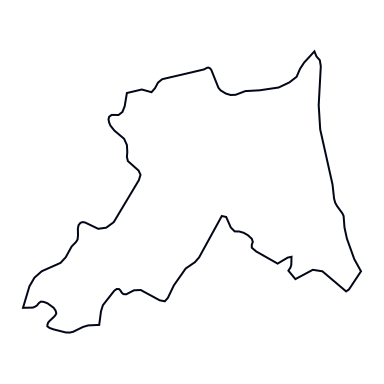 outline of Ravenna
{"feature_id": "ITA-5364", "entity_name": "Ravenna", "entity_type": "Province", "adm_level": 1, "iso_a3": "ITA", "parent_name": "Italy", "parent_adm1": "", "projection": "orthographic", "projection_center": [11.905, 44.374], "detail": "fine", "context": "isolated", "style": "outline", "palette": "ink", "viewbox_px": 384, "rotation_deg": 0, "n_neighbors": 0, "source": "natural_earth", "source_scale": "10m", "svg_char_len": 1750}
<svg xmlns="http://www.w3.org/2000/svg" viewBox="0 0 384 384"><path d="M314.4,51.4L316.5,56.5L319.8,60.2L320.8,66.2L318.7,105.1L320.2,129.4L332.5,184.4L334.1,198.7L335.2,202.7L337.0,206.0L342.4,213.4L343.6,216.0L344.5,227.6L346.9,238.6L354.3,259.2L361.0,271.3L349.0,289.4L346.1,291.4L322.4,271.3L312.8,269.8L295.4,279.1L288.4,270.7L290.5,267.5L291.3,264.7L291.5,256.8L287.7,257.6L277.6,263.6L256.1,251.4L251.8,247.7L251.8,244.7L252.8,241.9L251.8,238.8L247.9,235.2L243.7,232.8L239.3,231.5L234.7,231.4L230.8,227.5L226.2,217.0L221.8,216.0L199.1,257.4L194.9,262.2L185.7,268.5L173.9,285.3L167.8,298.0L164.8,301.3L159.7,300.3L140.7,290.0L134.0,290.3L126.2,294.3L123.4,294.1L121.7,292.6L120.5,290.6L119.1,289.1L116.7,289.0L114.2,290.8L102.9,305.2L101.0,311.3L99.2,324.9L88.3,325.4L83.1,326.9L73.1,331.8L69.5,332.6L65.5,332.4L53.3,329.3L49.5,327.9L47.3,326.3L47.5,324.5L48.1,322.7L49.4,321.1L54.3,316.5L55.5,315.0L56.3,313.4L55.7,310.9L53.7,307.8L47.5,303.3L43.8,301.9L41.0,301.6L39.4,302.6L38.2,303.8L37.1,305.4L34.8,306.8L32.8,307.6L23.0,307.8L29.4,286.4L34.5,277.6L41.8,271.2L60.5,262.9L65.7,257.3L71.7,246.4L76.1,241.9L77.6,239.4L78.0,235.3L77.9,228.3L78.6,225.1L80.5,222.8L82.7,222.1L85.1,222.5L98.2,228.8L106.2,227.7L113.7,222.2L138.9,180.1L140.5,174.8L138.6,170.6L127.9,161.1L126.9,157.0L127.3,152.1L126.9,145.0L124.1,138.8L114.4,130.6L110.4,125.6L109.1,122.4L108.5,119.3L109.2,116.7L111.7,114.9L118.5,115.0L122.4,112.0L124.7,106.2L126.9,93.0L141.8,89.5L151.5,92.2L155.0,88.2L158.0,82.6L162.2,79.2L204.1,69.4L207.0,67.8L208.4,67.6L210.0,68.3L211.3,69.9L218.4,87.7L220.5,90.3L225.7,93.5L230.6,95.0L235.6,94.8L245.3,91.1L259.6,90.3L278.6,87.5L289.4,82.4L296.6,76.8L300.0,68.9L304.1,62.6L314.4,51.4Z" fill="none" stroke="#020617" stroke-width="2"/></svg>